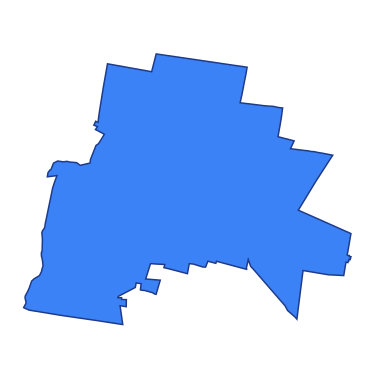 Opichén, Yucatán, Mexico (Mercator projection), rotated 183°
{"feature_id": "50627088B93641399425538", "entity_name": "Opichén", "entity_type": "district", "adm_level": 2, "iso_a3": "MEX", "parent_name": "Mexico", "parent_adm1": "Yucatán", "projection": "mercator", "projection_center": [-89.848, 20.55], "detail": "fine", "context": "isolated", "style": "filled", "palette": "blue", "viewbox_px": 384, "rotation_deg": 183, "n_neighbors": 0, "source": "geoboundaries", "source_scale": "gbopen_adm2", "svg_char_len": 2241}
<svg xmlns="http://www.w3.org/2000/svg" viewBox="0 0 384 384"><g transform="rotate(183 192 192)"><path d="M283.2,58.9L254.2,56.0L257.9,74.7L251.7,74.0L251.9,81.1L256.7,81.0L256.8,82.8L260.5,82.5L260.2,83.9L243.6,93.7L243.0,98.3L238.0,97.8L238.4,91.6L237.7,91.3L234.3,91.2L226.2,89.4L224.0,88.2L222.5,87.9L219.1,102.3L233.7,102.7L229.7,118.2L226.7,118.3L226.1,118.2L222.8,118.2L215.3,118.2L216.1,115.0L211.1,114.1L192.3,110.2L191.0,120.3L187.0,120.1L177.4,117.7L174.5,117.7L172.5,123.7L164.5,122.0L163.9,124.1L133.4,117.6L133.3,118.0L133.7,118.8L132.3,127.5L129.5,120.8L125.2,116.6L124.9,116.3L120.9,112.1L93.0,83.1L90.3,78.6L82.4,72.4L80.6,70.5L77.0,119.4L51.7,116.5L36.1,116.5L34.9,127.2L34.5,130.0L32.6,129.7L32.3,131.3L31.8,131.3L31.6,133.0L30.5,132.8L30.1,134.6L30.3,134.7L29.9,135.7L31.6,136.0L31.6,136.8L32.4,136.7L33.7,137.2L33.1,141.9L33.1,142.0L32.8,145.0L32.7,145.3L32.5,147.0L31.1,158.8L80.7,177.8L84.9,179.4L68.0,210.8L66.4,213.4L64.5,216.8L53.4,236.1L64.0,237.6L68.6,238.1L72.2,238.7L75.2,238.7L78.1,239.2L82.3,239.4L95.9,240.4L92.7,248.4L109.0,251.7L107.2,266.2L107.0,268.6L106.7,270.4L106.7,270.9L106.5,273.0L106.3,275.9L106.1,278.2L105.9,280.7L107.5,280.7L110.6,281.0L115.7,281.8L119.8,281.8L122.4,281.9L125.2,282.0L130.7,282.4L136.3,282.8L142.7,283.2L148.6,283.6L147.9,287.9L147.2,292.2L146.4,297.7L145.7,303.0L145.4,305.1L144.3,312.5L143.5,319.5L235.0,328.0L238.6,310.0L283.1,315.6L286.0,292.2L288.6,267.9L289.0,263.6L289.5,256.6L291.9,257.6L293.5,253.6L289.8,252.3L291.7,249.3L284.6,246.1L282.6,245.0L286.1,238.5L288.0,235.2L290.3,233.5L295.1,219.1L295.3,215.6L305.0,212.8L308.8,215.3L314.8,215.5L316.5,215.6L318.4,216.1L322.0,215.4L327.8,215.9L331.8,213.6L334.1,206.9L335.2,206.3L336.8,203.8L337.3,199.6L327.7,201.3L329.9,194.3L331.4,188.6L334.8,166.2L336.9,152.7L337.1,150.1L337.5,148.4L338.0,147.3L338.6,146.4L339.1,145.8L339.8,143.6L339.5,141.2L338.9,136.8L338.6,125.2L339.2,123.7L339.2,122.3L339.0,120.1L338.4,118.4L337.6,115.0L337.3,112.9L336.9,110.4L337.9,106.7L338.1,104.7L340.0,100.5L345.0,97.2L347.5,94.6L349.4,88.0L349.5,87.7L351.0,83.9L353.1,79.4L353.2,77.4L353.0,76.8L351.9,72.9L352.5,70.8L352.9,70.4L354.1,67.7L348.5,65.5L315.9,61.9L283.2,58.9Z" fill="#3b82f6" stroke="#1e3a8a" stroke-width="1.5"/></g></svg>